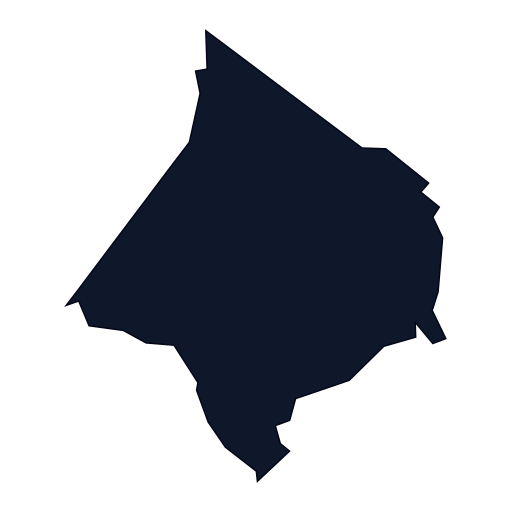 Newton, Georgia, United States of America (orthographic projection)
{"feature_id": "52423323B35386078510712", "entity_name": "Newton", "entity_type": "district", "adm_level": 2, "iso_a3": "USA", "parent_name": "United States of America", "parent_adm1": "Georgia", "projection": "orthographic", "projection_center": [-83.861, 33.556], "detail": "fine", "context": "isolated", "style": "filled", "palette": "ink", "viewbox_px": 512, "rotation_deg": 0, "n_neighbors": 0, "source": "geoboundaries", "source_scale": "gbopen_adm2", "svg_char_len": 697}
<svg xmlns="http://www.w3.org/2000/svg" viewBox="0 0 512 512"><path d="M205.8,30.7L207.1,69.1L195.6,71.1L200.1,93.4L189.4,142.1L189.1,142.6L169.0,169.0L145.8,199.9L132.0,218.2L110.2,247.1L106.1,252.6L88.5,276.0L76.2,292.4L66.2,305.4L78.7,301.0L89.1,325.8L123.2,330.4L146.1,342.9L174.0,345.2L197.9,382.6L196.6,390.3L208.2,422.1L225.4,447.2L256.3,471.2L257.4,481.3L289.5,451.1L280.3,443.6L275.3,425.6L289.7,420.3L295.6,398.6L349.2,380.3L383.8,346.3L415.7,337.1L415.2,322.3L432.8,343.5L445.8,338.6L432.2,310.4L438.1,291.8L442.6,237.9L432.8,217.1L439.3,207.1L420.8,192.1L428.6,183.1L385.8,148.8L362.0,148.0L329.6,123.7L232.4,50.6L205.8,30.7Z" fill="#0f172a" stroke="#020617" stroke-width="1.5"/></svg>